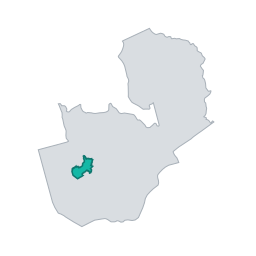 Kaoma, Western, Zambia (highlighted), rotated 345°
{"feature_id": "96606910B45616226024157", "entity_name": "Kaoma", "entity_type": "district", "adm_level": 2, "iso_a3": "ZMB", "parent_name": "Zambia", "parent_adm1": "Western", "projection": "natural_earth1", "projection_center": [24.477, -14.518], "detail": "fine", "context": "in_parent", "style": "filled", "palette": "teal", "viewbox_px": 256, "rotation_deg": 345, "n_neighbors": 0, "source": "geoboundaries", "source_scale": "gbopen_adm2", "svg_char_len": 6693}
<svg xmlns="http://www.w3.org/2000/svg" viewBox="0 0 256 256"><g transform="rotate(345 128 128)"><path d="M168.1,174.5L157.6,174.5L153.8,175.5L150.7,176.9L146.9,179.2L144.8,180.8L144.2,181.7L143.8,183.7L143.8,186.7L143.4,188.9L142.3,190.9L136.6,193.3L132.9,195.3L129.3,197.6L126.5,200.6L124.6,204.4L121.5,209.0L114.9,217.2L111.1,218.7L108.0,218.4L104.1,216.7L101.1,216.3L98.9,217.4L96.8,217.1L94.9,215.4L93.3,214.7L92.0,215.2L90.4,215.1L87.3,214.2L84.7,211.2L83.3,210.0L82.2,209.5L79.1,209.1L71.9,208.4L64.5,209.9L57.9,211.3L51.3,204.8L44.8,197.9L43.4,196.1L41.0,193.8L39.3,192.7L38.6,192.1L36.8,185.9L35.9,180.2L35.7,125.8L65.1,125.8L67.0,125.5L67.1,125.0L65.7,122.1L65.8,121.0L66.1,119.1L67.4,115.1L67.5,113.8L66.9,109.5L67.0,107.1L67.3,102.3L67.1,100.6L67.8,98.5L68.0,97.0L68.3,96.4L68.0,94.7L67.4,89.0L67.0,86.6L68.8,86.9L69.4,88.1L69.7,89.4L70.5,89.5L72.6,90.2L73.3,91.3L73.8,93.6L73.5,94.8L72.8,95.8L73.5,96.6L74.9,97.2L75.7,97.0L78.1,95.4L80.3,94.8L81.4,94.4L86.3,93.4L87.2,92.8L87.9,92.8L88.4,93.3L88.0,94.9L87.8,96.4L88.4,99.1L88.9,100.4L89.9,101.3L90.6,101.8L91.4,102.8L93.1,102.6L96.8,104.0L98.0,104.7L99.5,105.3L100.7,105.6L104.5,106.0L108.5,106.8L110.7,106.9L112.1,106.7L113.2,106.3L113.8,105.8L114.1,105.5L115.7,100.3L116.4,99.9L117.5,99.6L118.0,100.1L118.7,103.3L121.6,106.3L122.6,108.8L123.3,110.9L124.0,111.5L125.1,112.3L126.8,112.5L128.4,112.6L136.3,116.2L137.2,116.9L138.1,118.8L138.7,121.0L139.3,122.7L140.4,123.1L141.3,123.2L142.2,124.4L142.8,125.4L145.2,129.7L145.5,131.4L146.6,132.6L148.1,133.0L149.6,133.1L150.4,132.6L152.4,131.7L154.0,130.7L155.1,130.3L155.8,130.6L156.3,131.3L156.6,133.4L157.8,134.1L158.6,133.8L158.9,133.0L158.9,132.6L159.0,110.2L158.3,110.4L157.4,111.0L155.3,111.1L154.5,111.5L154.2,112.3L154.4,113.2L154.4,114.4L154.1,115.0L153.2,115.3L151.9,114.8L149.5,114.2L147.5,113.8L146.1,112.1L144.1,109.6L142.8,108.3L139.8,105.6L139.3,105.1L138.3,103.9L137.5,101.8L136.8,99.4L136.4,97.8L137.1,95.4L139.0,87.7L139.4,85.3L140.9,82.8L141.0,80.6L140.4,77.8L140.6,76.3L140.8,67.4L140.4,64.6L139.4,61.5L137.2,57.2L137.2,56.2L140.6,53.4L141.7,52.4L143.4,50.1L144.6,48.2L145.4,46.6L145.7,44.6L145.1,42.6L146.3,42.3L174.5,37.3L174.9,38.6L175.7,40.8L176.7,42.4L177.9,43.8L178.9,44.7L179.6,45.0L184.0,44.9L185.5,45.7L186.9,46.8L187.2,48.5L188.1,49.6L189.0,50.4L189.5,50.5L190.2,50.3L191.3,50.3L192.4,50.7L192.9,51.0L193.0,52.5L193.3,53.1L194.8,53.3L196.2,53.4L197.7,54.4L199.2,54.6L201.0,55.0L201.9,56.0L203.8,57.1L206.1,58.0L208.7,59.6L208.8,60.1L209.2,61.0L209.7,61.7L209.7,62.7L209.9,63.6L210.6,63.8L211.1,63.8L211.6,63.2L212.3,63.2L213.1,63.6L213.3,64.7L213.9,66.1L214.8,67.0L215.5,68.0L215.3,69.7L214.8,71.2L216.1,72.7L217.8,74.2L218.2,74.8L218.4,77.0L218.6,77.7L219.8,79.5L220.3,80.7L220.3,81.4L217.2,84.9L215.3,85.5L214.4,86.2L213.9,87.0L215.1,90.5L215.8,91.8L215.2,93.5L214.0,96.4L213.4,96.6L213.3,98.8L213.6,99.6L214.2,100.2L214.5,101.6L214.4,105.3L213.6,109.4L215.0,113.0L215.4,113.4L217.3,113.4L217.7,113.7L217.2,114.8L215.8,116.4L213.4,117.6L209.9,119.0L209.1,120.3L208.7,122.2L209.0,123.3L209.5,123.9L209.3,125.6L209.0,127.3L209.1,128.7L208.9,129.9L208.5,130.5L207.8,132.3L207.1,134.2L206.5,135.0L205.6,135.9L204.2,136.6L204.2,137.0L205.8,137.9L206.2,138.4L206.3,138.8L205.6,139.8L206.4,140.3L207.2,140.8L208.1,142.0L209.0,144.4L209.2,144.6L209.4,144.6L210.0,144.4L210.9,143.4L211.6,143.1L212.5,144.4L197.8,150.1L194.4,151.3L189.2,153.3L187.5,154.1L186.2,154.8L172.6,159.3L170.4,160.2L165.6,162.4L165.4,162.8L165.5,163.9L165.9,166.0L166.7,168.0L167.4,169.1L167.9,172.0L168.1,174.5Z" fill="#d9dde1" stroke="#a8b0b8" stroke-width="1"/><path d="M84.0,155.8L83.6,155.5L83.4,155.3L83.3,155.2L83.1,155.2L83.0,154.8L83.1,154.5L82.9,154.5L83.0,154.3L83.0,154.2L82.9,154.2L83.0,154.1L82.9,154.1L83.0,154.0L83.0,153.9L83.0,153.7L83.1,153.4L83.3,153.1L83.4,152.9L83.6,152.8L83.7,152.7L83.7,152.4L83.8,152.4L84.1,152.2L84.5,151.8L84.4,151.7L84.5,151.6L84.4,151.5L84.5,151.3L84.5,151.2L84.7,150.9L84.8,150.7L84.9,150.4L85.0,150.5L85.1,150.4L85.0,150.2L85.1,149.9L85.4,149.9L85.5,149.7L85.4,149.6L85.2,149.5L85.1,149.4L85.2,149.2L85.3,149.2L85.2,149.1L84.9,148.9L85.0,148.9L85.0,148.7L84.8,148.6L85.0,148.4L85.0,148.2L84.9,148.2L84.6,148.2L84.4,148.1L84.2,148.1L83.9,148.2L83.7,148.0L83.4,147.9L83.2,147.8L83.0,148.0L82.9,148.0L82.8,147.9L82.7,147.8L82.5,147.7L82.3,147.7L82.0,147.6L82.0,147.4L81.9,147.4L81.8,147.2L81.6,147.3L81.5,147.2L81.4,147.2L81.2,147.2L80.9,147.0L80.8,146.9L80.7,147.0L80.4,147.1L80.4,146.9L80.2,146.8L80.1,146.7L79.8,146.5L79.7,146.6L79.7,146.4L79.4,146.4L79.4,146.2L79.2,146.0L79.2,145.8L79.3,145.8L79.3,145.6L79.4,145.4L79.4,145.2L79.4,144.8L79.3,144.7L79.2,144.7L79.0,144.2L78.9,144.3L78.8,144.1L78.7,144.1L78.6,143.9L78.4,143.8L78.5,143.8L78.5,143.6L78.4,143.6L78.2,143.5L78.1,143.4L78.0,143.5L77.9,143.6L77.8,143.8L77.6,143.8L77.7,144.2L77.7,144.3L77.9,144.3L77.8,144.5L77.7,144.6L77.5,145.1L77.2,145.9L77.2,146.2L77.3,146.3L77.3,146.5L77.3,146.9L77.3,147.0L77.4,147.3L77.5,147.5L77.3,148.3L77.2,148.5L77.1,148.9L77.1,149.4L75.3,150.3L75.0,150.6L74.9,150.7L74.9,150.9L74.8,151.1L74.8,151.3L74.7,151.6L74.5,151.8L74.5,152.0L74.3,152.6L74.1,152.7L73.8,152.8L73.3,153.1L73.0,153.1L72.7,153.2L72.5,153.3L72.4,153.4L72.2,153.5L71.9,153.6L71.6,153.8L71.4,153.8L71.4,153.7L71.0,153.7L70.8,153.6L70.9,153.3L70.7,153.3L70.6,153.2L70.4,153.1L70.2,152.9L70.1,153.0L70.1,152.9L70.0,152.7L69.9,152.6L69.8,152.3L69.6,152.4L69.3,152.3L69.1,152.4L69.0,152.1L68.6,152.0L68.4,152.0L68.2,152.1L68.1,151.9L67.9,151.8L67.9,151.7L67.8,151.8L67.8,151.7L67.7,151.6L67.4,151.7L67.4,151.8L67.3,151.7L67.2,151.8L66.9,151.8L66.7,151.9L66.6,152.0L66.3,152.1L66.2,152.2L65.9,152.2L65.8,152.3L65.7,152.3L65.6,152.5L65.4,152.5L65.2,152.4L64.9,152.3L64.7,152.4L64.7,152.5L64.6,152.8L64.5,152.7L64.6,152.8L64.3,152.8L64.3,152.6L64.2,152.6L63.9,152.7L63.9,152.8L64.0,152.8L63.9,153.0L63.6,153.1L63.5,153.4L63.6,153.5L63.5,153.8L63.3,153.9L63.3,154.0L63.3,154.3L63.2,154.3L63.0,154.6L62.9,154.8L62.9,155.2L62.8,155.3L62.7,155.3L62.6,155.5L62.7,159.5L66.2,164.0L66.9,163.8L67.5,163.6L68.4,163.4L69.1,163.1L69.7,163.0L70.0,163.0L70.8,162.8L72.3,162.2L71.8,161.7L71.7,160.6L72.9,159.8L73.6,159.9L73.9,159.4L74.7,159.3L74.9,159.3L75.7,159.1L76.1,158.7L76.4,158.5L77.2,158.1L77.5,158.3L77.4,158.4L77.4,158.5L77.5,158.5L77.6,158.4L77.7,158.6L77.8,158.7L77.9,158.8L78.0,158.9L78.0,159.0L78.1,159.3L78.3,159.4L78.4,159.1L78.6,159.0L78.8,159.2L79.0,159.4L79.0,159.6L79.0,159.8L79.5,160.3L79.1,161.3L79.2,161.7L80.4,161.5L80.9,160.5L81.3,160.6L81.4,160.2L81.7,159.8L81.7,159.6L81.8,159.3L81.7,159.2L81.7,158.9L81.8,158.8L81.9,158.7L81.4,157.6L81.5,157.6L81.8,157.2L82.1,156.9L82.5,156.7L83.0,156.5L83.3,156.2L84.0,155.8Z" fill="#14b8a6" stroke="#0f766e" stroke-width="1.5"/></g></svg>